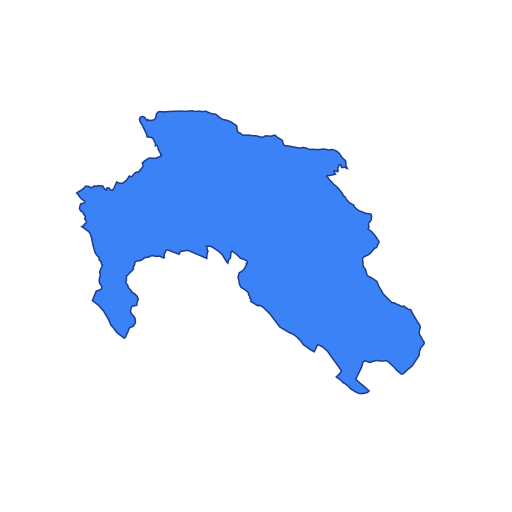 outline of Briceño, Boyacá, Colombia, rotated 114°
{"feature_id": "7082276B11306112242915", "entity_name": "Briceño", "entity_type": "district", "adm_level": 2, "iso_a3": "COL", "parent_name": "Colombia", "parent_adm1": "Boyacá", "projection": "natural_earth1", "projection_center": [-73.909, 5.679], "detail": "fine", "context": "isolated", "style": "filled", "palette": "blue", "viewbox_px": 512, "rotation_deg": 114, "n_neighbors": 0, "source": "geoboundaries", "source_scale": "gbopen_adm2", "svg_char_len": 6134}
<svg xmlns="http://www.w3.org/2000/svg" viewBox="0 0 512 512"><g transform="rotate(114 256 256)"><path d="M271.5,445.4L272.2,443.5L273.7,441.2L274.9,438.5L275.3,435.9L275.7,434.8L276.1,434.5L276.9,434.4L277.9,435.0L279.7,437.4L283.5,436.9L284.8,436.3L285.8,435.0L286.5,433.2L286.9,431.4L287.4,430.7L288.2,430.3L288.4,429.2L288.9,428.3L290.4,427.6L291.4,427.8L291.8,427.2L292.1,427.2L292.4,425.9L293.7,424.8L295.3,424.8L297.2,425.9L298.5,425.7L300.0,427.1L301.5,419.8L302.2,417.8L302.8,416.9L305.1,414.6L313.3,408.6L318.5,404.2L319.4,402.9L321.6,398.4L323.4,397.6L324.1,395.5L326.4,393.6L326.8,392.5L333.4,392.5L335.5,391.6L336.2,390.8L337.6,390.2L339.8,390.1L343.3,388.8L345.1,387.1L345.5,385.9L346.4,384.8L347.8,383.7L349.9,384.3L352.9,387.5L353.4,387.7L363.3,387.3L365.1,379.9L367.4,374.9L367.8,373.5L374.0,364.9L378.4,360.1L379.0,358.1L381.5,354.0L382.7,351.3L384.6,343.4L384.4,342.6L383.6,342.3L376.1,342.2L373.4,342.5L369.8,339.4L369.6,339.4L368.9,339.9L368.1,339.2L365.9,339.0L362.5,340.9L361.2,342.3L360.1,344.8L358.7,347.2L358.0,347.8L356.0,348.7L353.9,348.9L352.3,348.7L351.9,348.3L351.5,347.4L350.6,346.6L350.2,345.6L349.3,344.9L346.7,345.8L343.4,345.9L341.1,348.3L339.9,351.6L339.8,353.4L336.5,360.1L334.8,361.3L333.5,363.9L332.7,364.4L331.2,364.4L327.7,365.9L326.8,366.0L318.4,362.8L317.2,362.8L315.5,363.8L313.9,363.2L311.1,364.1L310.3,363.8L308.7,362.4L307.6,360.2L305.7,358.6L303.5,357.4L301.9,355.8L300.4,353.3L298.7,352.2L297.6,350.2L296.9,346.8L295.3,344.1L295.4,339.7L295.0,339.2L294.7,339.0L293.4,340.1L290.8,340.6L288.9,340.3L287.8,340.5L286.4,339.5L285.7,327.0L282.6,326.9L278.5,320.6L278.2,300.0L274.9,301.3L270.9,302.0L269.4,303.6L267.9,304.4L267.4,305.2L265.8,302.4L265.6,300.9L265.9,297.7L266.8,292.7L268.1,288.4L268.8,286.8L273.4,280.4L274.0,278.8L271.0,279.4L268.9,278.8L267.6,278.7L263.4,280.2L261.4,280.0L262.0,275.5L264.4,269.3L264.0,264.7L264.1,262.8L264.6,261.9L265.4,261.2L267.2,261.1L267.5,261.1L267.4,261.4L267.7,261.2L270.5,261.3L273.6,261.7L276.5,263.2L278.0,264.5L281.7,264.0L283.2,263.5L285.5,261.4L288.1,260.1L290.4,257.4L290.9,256.3L291.0,254.0L291.6,251.1L292.6,248.0L294.5,247.0L295.3,245.5L297.2,244.4L297.4,243.1L297.9,242.5L298.5,242.3L299.6,242.4L300.7,234.4L300.6,233.9L300.0,233.9L299.6,229.5L303.3,219.6L311.2,205.3L312.4,194.8L312.4,190.3L313.1,186.7L315.1,181.1L317.7,176.8L319.6,167.3L319.8,163.8L312.0,163.7L311.8,161.4L312.0,157.9L313.7,152.4L322.9,136.6L326.3,131.1L329.7,131.8L333.8,133.5L334.9,128.0L336.4,124.5L336.3,123.4L337.2,119.4L338.1,116.9L338.8,116.0L339.6,109.7L339.7,105.9L338.5,102.9L335.5,98.8L333.3,97.8L331.2,104.1L329.8,109.4L328.2,114.4L326.4,114.8L315.1,114.3L309.0,115.1L307.4,113.6L307.0,108.8L306.0,107.4L305.1,107.0L302.0,102.6L301.6,100.4L300.7,98.1L298.8,94.7L298.7,93.2L298.9,91.7L301.5,84.3L302.9,81.7L304.8,75.5L304.2,74.1L303.3,73.4L297.7,71.1L296.6,70.4L292.4,68.5L280.6,66.6L276.5,67.9L274.3,68.1L272.2,68.0L268.8,66.8L267.7,66.8L266.3,67.3L264.8,69.9L262.3,72.8L261.4,74.7L259.3,75.9L257.9,76.3L254.4,76.9L252.4,78.4L249.7,82.9L247.8,85.3L245.4,89.0L242.2,92.7L242.1,93.3L242.9,94.9L242.2,96.6L242.7,98.0L241.8,98.9L241.6,100.6L241.8,101.1L243.0,102.2L242.6,105.5L242.9,106.3L242.5,110.4L243.4,112.9L238.7,124.9L237.1,126.6L233.5,131.8L230.1,135.1L229.2,139.7L228.9,142.3L228.9,145.2L228.2,146.7L227.9,147.2L224.4,149.8L223.2,151.3L222.4,153.0L220.8,154.6L218.4,155.5L216.4,157.1L214.4,157.5L212.7,157.0L209.7,154.2L207.9,153.2L205.4,152.0L203.8,151.9L202.4,151.1L200.9,150.9L199.4,149.5L197.8,149.2L194.6,149.4L193.9,149.1L192.8,149.5L189.4,154.7L186.8,159.9L185.8,164.6L183.8,164.5L181.0,166.2L180.1,166.5L177.9,165.7L175.7,165.5L172.8,166.5L171.1,167.7L171.1,168.8L172.4,173.0L172.5,177.9L172.8,179.8L172.4,182.5L171.3,185.7L169.7,187.5L169.5,191.4L168.7,193.9L167.3,196.8L166.1,198.0L165.2,200.8L163.4,203.1L160.7,208.5L159.7,211.0L158.7,214.8L157.5,217.1L156.6,219.7L154.9,222.4L154.9,223.4L154.4,223.8L153.5,223.8L152.4,221.2L148.9,216.7L147.4,219.0L146.8,219.3L146.1,219.0L145.9,215.9L145.4,215.6L144.0,216.0L142.6,217.0L141.9,217.1L141.1,216.9L139.3,217.4L138.2,215.7L138.5,215.2L140.0,214.3L140.2,213.7L140.1,212.9L139.2,212.1L138.9,211.4L138.9,208.3L137.0,210.5L133.2,212.4L132.4,213.4L131.3,216.9L128.3,221.9L127.5,224.3L127.4,226.7L127.7,229.7L129.7,232.8L129.9,234.7L130.8,237.7L132.9,241.3L134.5,244.9L135.4,247.5L137.1,250.8L137.0,254.1L137.6,257.1L139.7,260.0L142.0,269.9L143.4,274.3L143.5,274.8L143.0,276.1L141.6,277.6L140.2,278.4L139.6,279.3L139.3,280.8L139.1,284.5L138.1,286.8L138.0,287.8L138.3,288.5L138.6,288.6L138.8,289.4L139.6,289.8L140.6,291.4L142.4,296.3L143.9,297.3L144.8,298.3L145.4,300.1L146.1,304.6L148.0,309.7L148.4,311.5L149.2,313.0L149.8,314.9L150.7,316.5L150.9,317.6L150.8,318.4L150.2,320.0L150.3,323.0L147.3,325.3L145.2,326.3L144.8,327.1L143.7,333.2L143.8,337.5L144.8,342.1L144.3,345.2L143.0,349.6L142.9,350.6L144.0,354.0L144.2,359.0L144.0,360.7L145.9,363.6L146.7,366.7L148.7,370.4L149.0,371.1L149.0,372.4L150.0,374.7L152.8,379.8L154.1,383.4L158.9,393.4L161.7,398.5L163.4,403.1L164.6,404.2L165.5,404.5L167.7,404.6L170.0,403.9L170.9,403.9L172.4,404.3L173.8,405.4L174.5,406.4L175.6,408.8L175.5,410.5L176.5,410.6L176.7,410.9L174.6,414.2L174.6,416.2L175.2,417.2L176.2,418.0L177.3,418.3L178.5,418.1L180.9,416.1L182.9,412.8L187.3,407.8L188.8,405.8L191.5,403.9L190.3,400.2L190.5,398.7L191.0,397.3L193.9,393.9L195.4,393.0L196.3,392.8L195.2,391.5L195.7,390.7L196.9,389.4L198.5,388.7L198.8,387.8L200.1,386.5L201.2,384.7L202.2,384.3L202.5,383.4L203.0,383.1L207.7,387.6L209.5,392.5L210.6,394.0L214.8,396.7L216.4,397.0L217.1,397.8L219.0,396.0L220.5,395.7L227.4,397.6L227.7,398.8L228.6,399.9L230.5,400.8L234.1,401.7L234.6,404.4L239.1,404.9L243.8,407.4L244.9,410.0L245.2,411.7L245.0,413.4L252.2,413.3L254.6,414.1L254.8,414.6L254.6,415.6L253.8,417.7L253.8,418.7L254.1,419.4L254.8,419.8L256.2,419.4L256.7,419.4L256.9,419.7L255.8,422.5L254.3,424.7L254.9,425.5L255.2,427.0L255.9,428.0L256.0,429.2L257.6,430.2L257.5,431.6L257.8,432.3L260.4,433.9L260.7,434.4L260.8,435.3L260.4,436.7L261.4,439.8L261.8,440.3L263.4,440.5L264.7,441.2L267.7,442.9L268.8,444.0L271.5,445.4Z" fill="#3b82f6" stroke="#1e3a8a" stroke-width="1.5"/></g></svg>